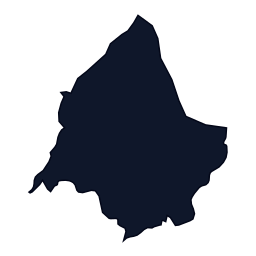 the Prefecture of Yomou
{"feature_id": "GIN-5659", "entity_name": "Yomou", "entity_type": "Prefecture", "adm_level": 1, "iso_a3": "GIN", "parent_name": "Guinea", "parent_adm1": "", "projection": "albers", "projection_center": [-9.126, 7.622], "detail": "fine", "context": "isolated", "style": "filled", "palette": "ink", "viewbox_px": 256, "rotation_deg": 0, "n_neighbors": 0, "source": "natural_earth", "source_scale": "10m", "svg_char_len": 1529}
<svg xmlns="http://www.w3.org/2000/svg" viewBox="0 0 256 256"><path d="M30.1,192.9L29.9,192.8L29.0,192.1L31.9,189.7L33.5,187.0L34.1,183.9L34.3,180.4L35.4,177.1L37.8,174.6L43.2,170.6L49.0,161.8L51.2,156.2L50.3,152.6L54.9,147.2L56.7,144.2L58.0,137.2L59.5,133.3L61.7,129.9L64.6,127.8L59.1,121.4L58.7,112.6L61.2,103.3L64.1,96.6L60.9,92.5L66.3,91.8L70.9,93.3L77.8,78.5L86.7,71.5L105.8,54.3L110.5,43.7L122.0,34.5L127.9,30.9L133.8,22.8L138.0,15.4L152.2,25.8L157.8,38.5L160.6,58.3L171.8,79.6L178.9,100.8L185.9,116.4L205.5,124.9L226.5,127.9L225.9,136.9L225.5,138.4L224.0,141.1L223.5,142.6L223.8,144.2L224.9,144.7L226.0,145.0L226.7,146.2L227.0,152.3L226.0,157.5L223.4,162.2L219.1,166.9L211.8,171.3L210.3,172.6L209.4,175.0L209.0,180.3L208.0,182.7L205.8,184.7L201.6,185.9L199.2,187.5L194.4,193.3L192.1,196.9L190.9,199.7L191.4,204.2L193.3,208.9L194.5,213.8L192.9,219.0L190.0,220.7L178.8,225.0L175.4,225.4L170.4,217.5L167.1,215.5L165.7,221.6L163.0,220.4L161.8,220.8L161.0,224.9L159.8,225.0L154.1,226.7L152.0,227.9L147.5,227.6L144.0,229.5L140.7,232.5L137.1,235.1L133.7,236.2L130.0,236.8L128.6,237.3L126.5,238.0L123.6,240.6L126.0,231.6L125.1,228.2L120.0,225.6L118.0,224.0L117.9,219.4L116.4,218.4L110.6,218.6L109.1,218.3L102.6,212.4L99.1,196.1L95.4,190.8L91.4,190.3L82.6,192.6L78.5,192.0L76.9,190.2L75.2,185.0L73.4,182.7L71.2,181.4L69.3,180.7L65.6,180.2L61.3,180.4L58.9,180.8L57.9,181.7L57.3,184.6L56.0,185.4L54.5,185.9L50.6,191.6L47.6,189.0L42.6,180.2L39.7,184.5L32.2,191.9L30.1,192.9Z" fill="#0f172a" stroke="#020617" stroke-width="1.5"/></svg>